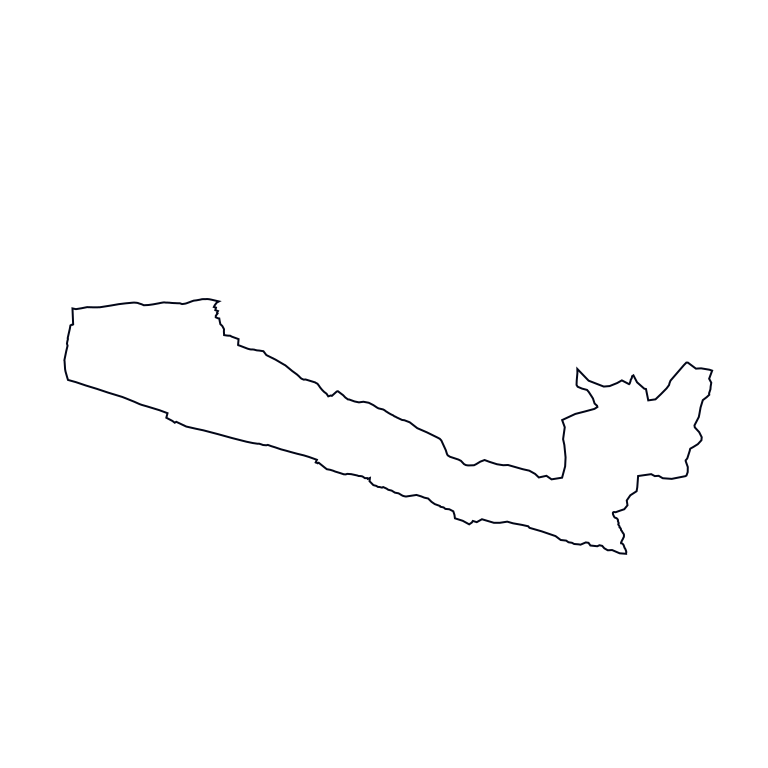 outline of Sambata De Sus, Brasov, Romania, rotated 287°
{"feature_id": "2599482B2272627924315", "entity_name": "Sambata De Sus", "entity_type": "district", "adm_level": 2, "iso_a3": "ROU", "parent_name": "Romania", "parent_adm1": "Brasov", "projection": "albers", "projection_center": [24.821, 45.691], "detail": "fine", "context": "isolated", "style": "outline", "palette": "ink", "viewbox_px": 768, "rotation_deg": 287, "n_neighbors": 0, "source": "geoboundaries", "source_scale": "gbopen_adm2", "svg_char_len": 6032}
<svg xmlns="http://www.w3.org/2000/svg" viewBox="0 0 768 768"><g transform="rotate(287 384 384)"><path d="M492.7,693.9L492.8,691.0L491.7,682.7L489.9,677.8L493.3,668.3L492.9,666.9L489.8,665.3L471.0,657.0L468.4,656.8L466.3,656.9L462.4,655.5L455.1,651.7L448.7,648.1L445.6,641.5L455.8,636.0L455.6,634.3L459.6,625.5L465.2,620.0L464.0,619.0L461.9,619.2L460.1,618.7L459.1,618.9L456.2,618.8L455.5,618.4L457.0,610.4L453.1,606.7L448.0,600.4L445.8,594.9L447.0,578.7L454.9,564.5L451.2,565.7L443.6,567.3L439.4,568.4L438.0,570.0L437.5,574.7L437.7,579.9L436.2,582.2L432.6,586.5L431.2,588.1L426.9,591.1L425.5,594.1L424.4,594.8L421.7,592.5L416.3,583.9L411.3,575.7L401.6,564.9L395.5,569.5L383.6,571.4L378.4,574.3L366.9,579.1L358.2,581.3L346.5,581.7L341.8,572.1L343.7,566.2L339.9,559.4L342.2,554.8L343.6,548.3L343.1,541.6L342.8,526.3L341.2,521.8L340.3,515.5L340.4,507.6L340.7,502.4L337.9,498.8L334.2,495.5L332.6,493.8L330.7,488.2L330.4,485.9L330.8,483.9L333.0,480.1L333.5,477.3L333.7,468.4L334.4,465.8L335.6,464.6L338.7,462.5L346.7,455.4L347.9,453.4L348.4,450.9L350.3,439.2L351.5,428.7L354.9,419.8L355.3,414.1L354.9,411.8L355.8,405.6L356.1,404.6L356.1,403.5L356.7,401.8L356.9,400.2L357.1,399.1L357.6,396.9L358.0,395.5L358.5,393.6L358.8,392.9L359.1,392.1L359.4,390.5L359.3,389.1L359.2,387.4L359.1,385.8L359.4,384.3L360.7,380.0L361.6,374.9L361.0,369.5L359.1,365.4L358.7,360.9L359.0,355.1L358.7,354.1L359.4,352.1L359.8,350.9L361.3,348.3L363.6,342.0L363.0,341.0L357.4,337.6L357.5,336.6L355.9,334.3L357.9,331.9L359.0,328.9L360.3,326.5L362.1,323.8L363.2,322.5L364.8,320.3L365.2,318.2L365.4,317.6L365.4,307.7L364.7,305.9L365.0,303.4L365.8,301.7L366.5,300.5L367.7,297.9L369.6,292.4L373.0,284.2L373.4,282.3L375.6,273.1L377.0,264.6L377.3,263.0L380.1,259.1L379.5,254.9L379.0,252.6L378.9,250.9L378.9,249.7L378.6,248.2L378.3,247.3L378.0,246.0L377.9,243.4L378.5,234.8L378.5,233.2L378.8,233.0L384.4,231.8L384.8,224.4L385.2,222.8L384.5,220.1L384.0,216.8L387.5,215.5L389.6,215.0L392.2,212.4L393.4,210.0L396.1,208.5L398.5,207.3L398.4,206.8L398.3,206.0L398.6,203.6L400.1,203.2L402.8,204.2L403.2,203.5L405.2,203.9L405.3,201.1L407.9,201.0L407.9,198.8L409.8,199.1L411.2,199.6L412.0,199.9L412.9,200.2L414.7,202.0L414.2,194.5L414.0,192.4L413.7,190.7L412.4,186.6L411.9,185.2L410.8,183.3L409.1,180.0L408.1,177.7L406.8,175.9L405.4,174.1L403.5,171.6L402.9,170.7L402.1,169.1L401.4,167.5L401.5,165.2L400.8,162.7L399.5,157.6L398.9,154.5L398.1,151.7L397.8,150.1L397.5,149.2L396.2,146.6L395.5,145.4L392.6,139.8L390.7,135.7L389.1,131.3L389.4,128.9L389.4,126.2L389.5,124.8L389.3,123.5L388.8,121.2L388.3,119.9L385.5,113.1L382.8,107.0L379.3,100.1L374.3,89.8L372.6,84.6L370.7,77.6L367.9,72.4L365.5,67.5L365.2,64.0L350.1,69.3L349.6,68.9L349.3,67.9L348.3,67.0L345.0,67.4L335.5,68.1L334.9,68.3L334.7,68.6L332.3,68.7L329.9,69.0L328.1,70.2L322.8,70.5L313.2,71.4L312.8,71.7L304.9,74.7L302.8,75.8L297.7,79.1L295.5,80.6L295.7,88.8L295.4,99.2L295.4,111.0L295.1,122.6L295.1,137.4L294.8,141.4L294.0,150.5L293.3,156.2L293.2,158.7L293.3,163.8L293.3,176.9L292.8,185.5L288.1,185.7L286.8,192.5L285.8,195.2L287.1,196.4L285.5,207.3L286.2,217.0L286.9,224.9L287.5,239.8L287.9,254.8L288.4,265.3L288.6,269.4L289.2,275.9L289.9,280.5L290.4,282.0L290.4,284.2L290.3,286.2L291.0,289.4L291.8,290.7L291.6,294.4L291.6,298.3L291.4,304.6L291.6,310.0L291.7,315.0L291.9,321.3L292.3,328.3L292.3,333.5L291.9,342.0L289.0,341.6L288.9,342.2L289.0,343.1L288.8,343.8L289.6,344.6L286.8,351.6L286.0,353.7L285.8,354.2L286.2,357.5L286.2,360.7L286.0,362.8L286.0,367.9L285.9,372.0L286.4,373.9L287.3,375.1L288.2,379.0L288.7,385.2L288.6,386.6L289.1,388.5L289.3,390.0L289.2,390.8L288.4,393.2L289.1,395.6L288.5,396.2L290.0,398.0L286.8,398.6L284.2,403.4L284.3,406.4L283.8,408.3L284.2,409.9L284.3,412.4L285.2,413.3L284.7,417.1L284.1,419.0L284.3,422.5L283.3,426.2L283.7,429.9L282.6,434.4L282.6,436.1L282.8,437.9L287.4,447.5L287.4,452.5L287.1,455.8L287.4,459.7L285.2,463.9L284.0,467.7L283.7,473.2L283.1,473.8L283.4,477.1L282.5,479.2L283.3,483.1L282.5,487.5L279.5,489.6L276.3,491.1L276.2,499.3L274.7,506.5L277.2,508.5L279.0,509.0L279.0,513.1L283.3,517.2L283.4,529.7L285.1,535.3L288.4,542.1L288.5,548.1L289.6,557.1L290.1,563.5L289.0,565.2L289.2,577.8L288.7,592.5L286.5,598.6L287.5,604.0L286.6,606.7L287.1,610.1L286.6,612.6L287.6,617.2L287.8,618.9L291.5,623.3L291.9,626.0L289.9,628.6L291.2,635.4L292.8,637.2L293.0,640.0L291.3,642.7L290.4,646.6L291.9,650.7L291.0,658.9L292.4,665.1L292.6,665.0L293.1,665.0L293.8,664.9L294.2,664.8L294.6,664.6L295.2,664.2L295.3,664.2L295.5,664.0L296.6,663.2L296.8,662.9L297.2,662.6L297.5,662.1L297.8,661.8L299.0,661.0L300.1,660.1L300.4,659.8L300.8,659.1L300.9,658.9L301.0,658.6L301.1,658.1L301.1,657.7L301.0,657.3L301.4,657.1L301.8,657.2L302.0,657.1L303.4,657.3L303.7,657.3L304.6,657.5L305.9,657.8L307.2,657.9L307.9,658.1L308.3,658.0L309.0,657.9L309.3,657.7L310.1,657.5L310.7,657.0L310.9,656.8L311.0,656.7L311.3,656.3L311.3,656.2L311.6,655.8L311.8,655.5L312.3,655.1L312.5,654.9L312.9,654.5L313.4,653.6L313.8,653.3L314.0,653.2L314.5,653.0L314.7,652.8L314.9,652.6L315.0,652.6L315.5,652.0L315.6,651.4L315.7,651.2L315.8,651.2L316.5,651.0L316.7,650.9L317.2,650.3L317.4,650.0L317.9,649.4L318.2,649.1L318.5,649.0L318.9,649.2L319.0,649.2L319.6,649.1L320.2,648.7L320.7,648.2L321.1,647.9L321.4,647.7L321.9,647.7L322.3,647.5L322.7,647.2L323.2,646.6L323.5,646.0L323.7,645.5L323.7,645.1L323.7,644.6L323.7,644.3L323.8,643.7L324.0,643.4L324.5,642.7L325.1,642.2L326.1,641.3L326.6,641.0L326.8,640.9L327.3,640.7L327.5,640.6L328.1,640.6L328.8,641.3L329.1,643.0L331.7,646.5L334.5,650.4L339.2,652.3L343.6,650.2L349.6,652.1L355.3,656.9L359.3,656.4L370.3,653.9L375.9,665.9L375.1,669.9L376.5,673.5L375.4,678.1L377.4,686.9L384.0,699.2L384.9,700.0L388.5,700.2L393.4,698.8L398.4,695.1L399.2,694.8L400.7,695.5L401.8,695.8L409.8,695.9L411.1,695.7L411.8,695.9L414.2,698.2L418.2,701.7L423.0,704.0L426.0,703.4L430.1,699.5L433.4,693.9L435.2,693.0L444.4,694.7L447.5,694.4L454.1,693.6L461.8,693.6L465.7,696.4L468.8,698.2L470.2,697.6L474.4,697.7L477.1,697.1L480.9,696.6L484.1,693.4L492.7,693.9Z" fill="none" stroke="#020617" stroke-width="2"/></g></svg>